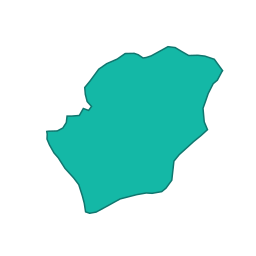 the district of Sijung, Chagang-do, North Korea, rotated 19°
{"feature_id": "82179303B78887339067777", "entity_name": "Sijung", "entity_type": "district", "adm_level": 2, "iso_a3": "PRK", "parent_name": "North Korea", "parent_adm1": "Chagang-do", "projection": "orthographic", "projection_center": [126.385, 41.005], "detail": "fine", "context": "isolated", "style": "filled", "palette": "teal", "viewbox_px": 256, "rotation_deg": 19, "n_neighbors": 0, "source": "geoboundaries", "source_scale": "gbopen_adm2", "svg_char_len": 1027}
<svg xmlns="http://www.w3.org/2000/svg" viewBox="0 0 256 256"><g transform="rotate(19 128 128)"><path d="M198.8,43.0L187.2,34.9L177.3,35.0L170.3,36.5L161.8,39.7L153.4,38.1L146.4,36.6L139.3,38.1L133.6,44.4L126.5,52.2L122.3,55.4L119.4,56.9L113.8,55.4L109.6,55.4L101.1,58.5L95.4,66.3L86.9,74.1L81.2,81.9L76.8,96.0L73.9,103.8L76.7,110.1L80.8,116.3L86.5,119.5L85.0,124.2L79.4,124.1L77.9,132.0L70.8,135.1L66.5,136.6L67.9,142.9L66.4,149.2L62.1,153.8L57.9,155.4L53.6,157.0L52.3,157.7L53.6,160.1L55.0,164.8L59.2,169.5L66.2,175.7L71.8,178.9L81.6,186.7L92.9,192.9L99.9,197.6L106.9,207.0L111.1,213.3L115.2,221.1L119.5,221.1L125.2,217.9L130.9,211.7L135.2,207.0L139.4,202.3L143.7,197.6L150.8,192.9L157.0,188.8L157.9,188.2L166.4,183.5L172.1,181.9L180.6,177.2L183.5,172.5L186.4,163.1L185.0,156.9L183.6,150.6L182.2,144.4L185.1,136.5L189.4,128.7L194.5,119.4L199.4,111.5L203.7,103.7L198.1,97.4L195.3,91.2L192.5,84.9L192.6,77.1L192.6,69.3L194.1,58.4L196.9,53.7L198.4,44.3L198.8,43.0Z" fill="#14b8a6" stroke="#0f766e" stroke-width="1.5"/></g></svg>